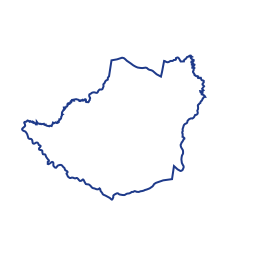 outline of Tapurah, Mato Grosso, Brazil, rotated 329°
{"feature_id": "56859067B52383005137557", "entity_name": "Tapurah", "entity_type": "district", "adm_level": 2, "iso_a3": "BRA", "parent_name": "Brazil", "parent_adm1": "Mato Grosso", "projection": "orthographic", "projection_center": [-56.556, -12.574], "detail": "fine", "context": "isolated", "style": "outline", "palette": "blue", "viewbox_px": 256, "rotation_deg": 329, "n_neighbors": 0, "source": "geoboundaries", "source_scale": "gbopen_adm2", "svg_char_len": 5711}
<svg xmlns="http://www.w3.org/2000/svg" viewBox="0 0 256 256"><g transform="rotate(329 128 128)"><path d="M148.7,61.5L138.3,74.0L137.1,74.3L136.5,74.7L136.0,75.5L135.6,76.1L133.6,76.0L132.6,76.3L130.7,77.6L129.9,77.6L129.2,78.1L128.5,79.7L126.5,81.2L126.0,81.5L125.2,81.4L123.5,80.4L122.8,80.5L121.4,81.0L120.9,81.5L119.8,81.9L119.0,81.6L117.4,80.0L116.4,79.5L115.0,79.2L114.2,79.4L112.3,79.3L111.7,79.8L111.3,80.5L111.0,81.4L111.1,82.4L110.8,83.1L110.1,83.6L109.5,84.4L108.9,84.5L107.9,85.3L107.1,85.4L106.5,84.8L105.6,84.3L105.4,83.7L106.4,82.4L106.4,81.5L105.8,81.2L105.1,81.5L103.7,81.4L103.7,80.4L103.0,80.3L102.4,80.6L101.8,80.0L100.9,80.3L100.2,79.8L100.3,78.6L98.4,76.6L95.7,75.6L95.6,76.6L95.0,76.2L94.8,75.5L94.3,75.1L93.1,75.7L92.9,76.5L92.3,76.7L92.1,76.0L90.8,77.0L90.2,76.4L89.7,77.0L89.2,76.7L88.8,76.1L88.2,76.5L88.1,77.4L86.9,78.1L86.2,77.8L84.5,78.7L84.2,77.7L83.6,77.4L83.4,78.0L83.6,78.6L83.2,79.1L82.6,79.5L82.1,79.2L81.6,79.6L80.2,80.2L79.6,80.6L79.0,81.2L78.7,81.8L79.0,82.6L78.2,82.5L77.8,83.3L76.6,83.9L76.2,84.6L75.6,85.2L74.7,85.6L73.6,85.2L73.3,86.0L72.5,86.2L71.9,86.5L71.8,87.2L71.2,87.3L70.8,86.7L70.4,87.3L69.7,87.2L69.2,86.7L68.9,85.9L67.2,85.8L66.5,84.7L65.8,85.3L65.3,85.9L64.5,86.2L63.5,87.0L62.4,85.9L61.4,86.0L60.6,85.1L59.9,84.6L59.1,83.5L59.2,82.7L58.4,82.6L57.9,81.9L58.1,81.1L55.7,80.1L55.4,79.4L54.6,79.3L54.1,78.5L53.2,77.8L53.0,75.6L51.6,77.9L50.9,77.5L50.8,75.9L50.2,75.2L50.2,74.3L49.8,73.7L49.3,74.4L48.5,73.1L48.0,72.0L47.0,72.2L46.7,71.7L46.8,71.0L45.7,69.8L44.2,70.2L42.5,69.6L41.9,69.8L41.6,70.6L41.7,71.4L41.0,73.1L40.2,73.5L37.8,73.9L37.1,74.1L36.6,74.5L36.5,75.6L36.9,76.5L38.2,78.2L38.4,79.7L38.4,81.4L37.4,85.4L37.7,86.2L38.1,86.7L38.9,87.1L39.4,87.7L39.6,88.5L39.5,89.5L38.7,91.4L38.6,92.1L38.9,92.7L39.5,93.1L40.3,93.2L41.6,93.2L42.4,93.5L42.9,94.0L43.1,94.9L42.8,96.6L43.6,97.6L43.8,98.5L42.9,99.1L42.0,99.3L41.4,99.6L40.9,100.1L40.8,100.8L41.5,101.7L42.2,102.2L42.7,102.9L42.7,103.7L42.2,104.4L41.7,105.9L41.6,106.6L42.0,107.0L43.2,107.8L43.4,108.7L43.0,110.3L43.0,111.5L43.2,113.6L43.5,114.6L43.3,115.5L41.8,115.7L40.7,117.5L41.1,118.0L41.7,118.1L42.9,118.1L44.9,117.9L45.5,118.0L46.1,118.8L46.0,119.6L44.8,121.5L44.6,122.1L44.9,123.7L45.2,124.5L46.0,125.0L48.1,124.2L48.9,124.1L50.7,124.6L51.5,125.1L52.0,125.8L52.2,126.4L52.4,128.0L52.9,129.4L52.5,131.7L52.7,132.2L53.5,133.6L53.6,134.4L53.2,135.0L52.6,135.1L51.9,135.3L51.7,135.9L51.7,137.3L51.5,138.2L51.6,139.1L51.8,139.7L52.5,141.0L53.0,141.3L54.4,141.6L55.3,142.3L56.3,143.6L56.8,144.0L58.1,144.3L58.6,144.7L59.0,145.9L59.2,147.7L59.6,148.7L61.1,149.2L62.0,148.9L62.9,148.9L63.2,149.7L63.0,152.3L63.0,154.3L63.6,154.9L65.1,156.0L65.6,156.7L66.1,158.3L66.3,159.7L66.5,160.6L67.0,161.5L68.2,162.6L69.3,164.1L70.3,164.9L71.1,165.2L72.5,165.1L72.7,166.1L72.1,167.6L72.4,170.7L72.3,171.4L72.4,172.1L72.7,172.7L73.8,174.2L76.4,178.6L76.9,180.4L77.3,181.1L78.2,180.9L79.7,179.8L80.5,178.5L81.1,178.2L83.1,178.1L84.8,178.3L85.6,178.7L85.9,179.2L86.1,179.9L86.5,180.6L88.9,182.7L90.2,183.5L90.8,183.7L92.4,183.7L93.4,183.8L95.4,184.7L96.9,184.9L98.0,184.7L98.6,184.9L99.4,185.4L101.1,185.5L101.9,186.2L102.5,187.1L103.9,188.1L104.5,188.4L106.2,188.7L107.6,189.3L109.3,189.8L110.2,189.8L112.5,190.4L115.5,190.9L118.9,190.7L120.3,190.2L121.2,189.6L123.2,189.4L124.1,189.5L131.2,191.0L139.4,194.5L147.8,184.3L149.2,189.0L150.8,191.8L151.9,192.2L153.3,192.0L155.2,190.6L155.6,190.2L156.0,189.2L156.0,187.7L156.2,185.6L157.6,182.4L158.9,180.7L160.2,179.3L161.5,178.6L162.2,178.0L163.2,176.3L163.6,175.3L163.6,172.0L164.0,170.4L164.6,169.4L165.5,168.9L166.7,167.9L167.3,167.9L168.3,167.3L168.9,167.1L169.7,166.3L170.7,166.3L171.1,165.8L170.7,164.2L170.2,163.6L170.8,162.9L171.4,161.8L171.8,161.3L171.9,160.3L172.4,159.4L173.1,159.1L173.5,158.6L173.9,157.6L174.6,156.7L175.4,156.1L177.0,154.6L177.9,154.1L179.1,153.9L180.6,154.1L181.4,153.9L182.8,152.5L185.0,151.9L186.9,152.2L187.6,152.6L188.0,153.0L189.0,153.0L190.2,152.7L192.3,151.4L193.0,151.8L193.9,151.9L194.8,151.7L195.3,151.3L195.8,150.6L196.3,148.9L196.8,148.5L197.5,148.1L198.4,147.0L199.0,145.8L199.3,144.9L200.1,144.2L201.0,144.2L201.6,143.8L202.9,143.8L203.4,143.2L204.2,142.7L205.2,142.6L206.6,141.8L207.2,141.2L207.8,141.2L208.5,140.7L209.4,140.7L210.2,141.1L210.2,140.0L209.9,139.0L209.0,137.5L208.5,137.1L208.7,136.4L210.0,136.3L210.4,135.5L209.7,134.9L209.0,135.2L208.6,134.6L208.9,133.6L210.1,134.5L211.1,134.7L212.1,134.6L211.8,133.5L211.7,132.6L213.8,131.7L214.7,131.4L214.6,130.5L214.2,129.2L214.7,128.5L216.4,127.9L217.2,126.6L216.9,126.0L216.3,125.6L215.8,124.7L215.9,123.6L216.3,122.5L215.7,122.1L215.0,122.1L214.3,121.6L213.8,121.1L214.1,120.4L214.7,120.0L214.4,119.4L213.5,119.0L213.0,118.4L212.9,117.6L212.3,117.1L212.4,116.4L212.7,115.7L212.5,113.7L212.9,112.9L213.7,112.6L214.3,111.9L214.6,111.1L215.2,111.0L215.8,110.8L215.6,110.2L214.2,109.4L214.6,108.8L215.4,108.5L217.0,108.5L217.5,108.0L217.0,107.6L216.4,107.4L215.6,107.4L215.3,106.6L216.2,105.9L217.1,105.9L216.9,105.0L216.1,104.4L216.6,103.7L217.9,104.0L218.6,104.4L219.3,103.7L218.9,103.0L218.4,102.6L218.3,101.9L217.9,100.7L218.0,99.8L218.8,99.8L219.5,99.9L219.2,99.2L219.1,98.3L218.5,97.9L217.8,97.8L216.4,97.9L215.2,97.6L213.4,98.4L212.5,98.5L211.7,98.5L211.1,98.7L210.2,99.7L207.4,98.1L207.5,95.2L207.5,94.5L207.0,93.2L205.8,92.8L205.1,92.8L204.6,93.7L203.9,94.1L202.3,93.3L201.1,93.5L200.3,93.3L199.4,92.6L198.8,92.4L197.0,92.4L195.9,92.1L194.8,91.1L194.1,89.7L193.5,89.1L186.0,97.5L182.7,100.9L180.2,96.7L178.6,91.8L177.8,90.6L176.2,89.0L175.6,87.9L175.1,86.3L174.3,85.4L171.1,84.0L169.3,82.7L167.4,81.1L166.1,79.3L164.8,77.0L163.5,73.8L161.6,69.7L161.1,67.7L160.4,65.9L159.1,64.7L153.9,63.5L148.7,61.5Z" fill="none" stroke="#1e3a8a" stroke-width="2"/></g></svg>